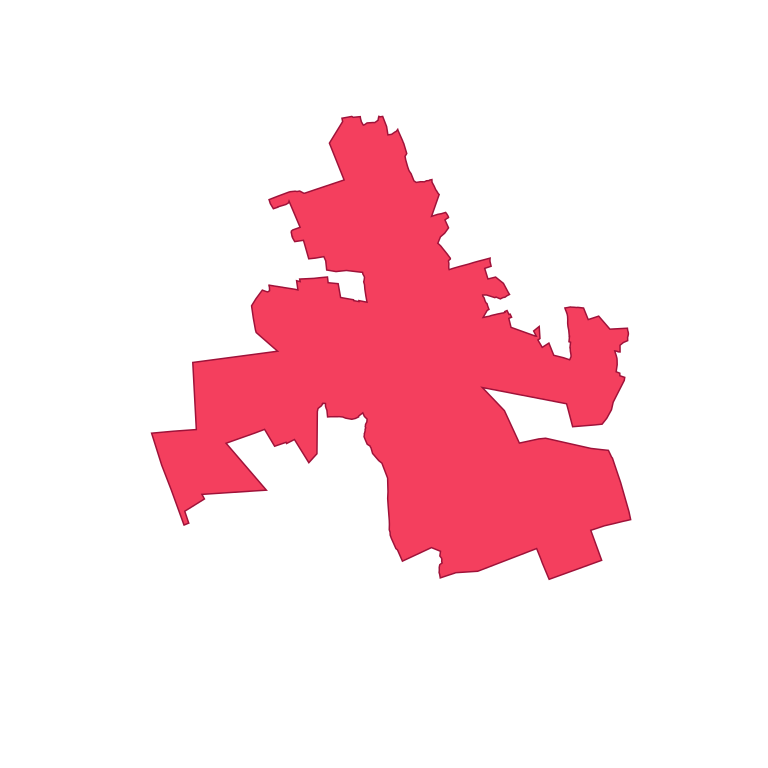 Ticul, Yucatán, Mexico, rotated 333°
{"feature_id": "50627088B40370346944296", "entity_name": "Ticul", "entity_type": "district", "adm_level": 2, "iso_a3": "MEX", "parent_name": "Mexico", "parent_adm1": "Yucatán", "projection": "equal_earth", "projection_center": [-89.54, 20.365], "detail": "fine", "context": "isolated", "style": "filled", "palette": "rose", "viewbox_px": 768, "rotation_deg": 333, "n_neighbors": 0, "source": "geoboundaries", "source_scale": "gbopen_adm2", "svg_char_len": 5991}
<svg xmlns="http://www.w3.org/2000/svg" viewBox="0 0 768 768"><g transform="rotate(333 384 384)"><path d="M346.1,582.3L355.4,583.7L357.9,584.1L361.1,584.6L362.3,584.7L362.5,584.8L382.5,593.4L445.3,599.9L444.3,611.2L443.8,615.2L442.6,631.2L442.5,633.0L497.9,639.9L499.0,631.1L501.8,608.2L504.1,608.6L516.0,610.4L525.3,612.7L531.7,614.2L535.1,615.0L538.1,615.8L542.2,616.8L544.3,609.0L550.1,579.3L552.8,560.9L553.9,553.7L553.6,552.4L553.8,545.0L547.2,540.7L539.2,535.4L503.4,505.7L497.0,503.2L477.8,498.1L479.2,462.4L470.0,431.8L490.0,447.3L495.2,451.4L537.7,484.5L536.5,490.3L532.7,507.7L553.1,516.1L560.1,518.8L566.9,515.7L575.0,510.2L579.9,504.3L585.9,499.9L596.8,492.0L598.7,490.6L599.6,490.0L601.5,487.4L597.9,483.7L599.0,481.4L596.4,478.5L600.5,472.7L602.4,468.8L603.2,466.9L603.8,464.2L604.6,459.3L606.2,460.4L607.3,461.7L608.9,462.6L611.9,456.6L616.2,455.7L620.8,456.0L622.3,452.9L622.7,452.6L624.2,450.8L624.8,449.7L625.3,447.9L625.4,447.0L626.2,444.8L610.2,437.7L606.1,421.0L595.2,419.3L596.3,406.9L591.5,403.7L590.4,403.3L588.2,401.9L585.7,400.5L585.1,400.0L581.5,399.0L581.1,398.8L580.3,398.6L579.7,398.4L579.6,399.0L579.4,400.3L579.3,401.9L578.9,404.9L578.3,407.0L577.0,409.9L575.2,413.3L574.0,416.4L573.0,420.0L571.0,425.0L570.6,425.7L570.9,425.8L568.0,430.3L569.2,431.5L566.1,436.2L566.3,436.5L566.2,436.6L565.0,439.2L564.2,441.8L563.7,443.3L563.0,444.6L560.6,446.6L560.4,446.7L555.9,442.1L548.3,435.5L549.5,422.4L541.6,423.2L541.1,414.7L543.6,414.3L548.4,403.2L541.4,404.7L541.4,410.5L540.7,410.0L540.5,409.9L540.4,409.8L522.9,391.2L525.0,382.2L528.0,382.4L528.1,379.0L526.9,378.8L527.0,374.4L524.5,374.3L524.5,375.0L522.6,374.9L522.2,374.8L521.9,374.6L520.6,374.2L519.4,373.9L517.0,373.2L514.8,372.7L512.5,372.1L510.3,371.6L508.4,371.4L506.6,370.8L504.3,370.2L503.7,370.1L502.5,369.7L509.3,365.3L510.3,365.2L511.4,365.2L511.8,361.5L512.3,359.2L511.7,357.8L511.8,355.4L512.2,353.5L512.3,352.5L512.1,351.4L511.9,350.7L512.3,349.5L515.6,351.1L519.3,354.7L522.0,357.4L523.3,357.4L526.3,361.0L529.3,361.0L531.2,361.6L533.6,361.2L536.5,361.2L536.3,358.9L536.1,348.5L534.9,345.9L532.0,339.4L524.3,337.6L526.2,326.7L532.9,327.7L533.8,324.1L534.1,322.9L534.4,322.2L534.9,321.3L535.7,320.0L529.1,318.6L524.2,317.5L519.3,316.5L513.5,315.5L505.2,313.7L498.0,312.3L494.0,311.7L494.2,310.5L495.2,308.4L495.8,307.4L496.4,306.3L496.9,304.9L497.1,304.0L497.4,303.5L497.7,303.2L498.2,303.2L498.9,303.0L499.3,302.9L499.7,302.8L499.7,302.6L500.0,302.4L500.2,302.1L500.1,301.7L499.9,300.5L499.7,299.3L499.4,297.4L498.7,293.9L498.3,292.0L497.9,290.2L497.3,287.1L496.3,284.1L495.8,283.1L501.1,278.5L506.5,277.2L512.4,274.2L512.8,265.5L514.5,265.2L515.3,265.0L516.0,265.2L517.2,264.8L517.3,263.0L517.1,260.6L516.8,259.1L512.5,258.3L508.8,257.2L502.5,256.2L512.7,246.4L519.2,240.2L518.9,239.4L518.7,238.5L518.7,237.1L518.5,236.6L518.6,235.8L518.3,234.5L518.5,230.6L518.4,226.0L519.5,223.6L517.2,223.0L516.5,223.2L514.1,222.2L511.8,222.2L508.5,220.4L504.2,219.0L502.9,216.6L503.6,208.9L503.2,206.0L503.2,204.7L503.7,201.1L505.1,194.1L506.1,190.7L508.9,189.0L510.8,178.6L510.8,177.2L511.0,175.8L511.6,164.5L511.8,163.4L509.5,164.5L508.5,164.4L504.1,165.0L500.6,163.8L503.2,155.8L504.3,145.0L501.6,144.1L501.0,143.2L500.5,143.6L498.4,146.3L494.5,146.9L492.6,145.9L487.4,143.7L484.7,144.1L483.2,144.0L483.0,143.6L483.0,142.3L482.9,140.1L483.6,136.8L484.2,135.0L479.4,133.1L477.6,132.4L476.8,131.0L467.2,128.1L466.3,131.4L444.7,144.6L441.1,184.1L413.0,179.9L400.0,178.0L399.2,177.7L396.5,173.8L393.9,173.0L392.4,171.9L387.8,170.1L386.8,169.9L386.4,169.8L375.0,168.5L365.3,167.5L364.6,171.7L365.0,177.6L369.8,178.3L369.9,178.0L374.2,178.8L378.1,179.5L381.1,179.3L382.4,178.0L380.4,206.3L372.6,205.3L370.9,205.7L370.0,207.1L370.1,207.7L369.9,207.9L369.3,209.9L369.4,210.9L369.0,211.0L368.9,212.8L369.1,216.6L377.5,219.4L373.8,238.3L380.1,240.7L388.2,243.2L388.0,247.8L384.7,256.4L392.2,262.0L392.9,262.3L394.3,262.8L402.1,265.8L412.1,272.5L415.6,274.8L415.1,276.4L415.2,279.2L415.0,280.2L414.1,281.5L413.4,282.5L412.3,283.7L411.7,286.7L410.0,290.8L407.8,297.4L406.0,303.4L399.5,298.3L399.1,299.2L394.9,296.0L395.1,295.1L392.8,293.4L384.6,287.2L388.7,273.8L380.2,268.4L382.2,263.0L375.7,260.4L369.6,258.1L356.5,252.2L355.8,254.7L353.0,252.3L350.0,261.1L347.8,259.3L345.9,257.9L339.0,252.9L338.8,252.8L337.8,252.0L337.3,251.6L336.4,251.0L335.7,250.5L335.1,250.0L334.4,249.6L333.7,249.0L333.0,248.5L332.4,248.1L331.7,247.6L331.0,247.1L330.3,246.6L329.7,246.1L329.0,245.6L328.3,245.1L327.6,244.6L327.0,244.1L326.4,243.7L326.3,243.8L326.0,245.0L325.8,245.9L324.4,248.9L322.2,249.2L320.6,247.7L318.2,245.1L308.6,249.9L301.5,254.2L297.5,265.9L294.0,277.5L293.5,280.1L304.1,306.5L279.7,297.9L223.4,278.0L196.1,339.4L174.8,330.4L157.8,323.6L154.6,322.3L149.1,355.3L146.4,381.5L141.8,418.7L141.8,418.9L146.9,419.3L146.9,419.1L148.7,406.9L171.8,404.9L171.7,399.7L220.4,420.6L231.0,425.2L216.4,365.1L230.4,366.9L246.9,369.1L257.0,370.2L258.3,389.8L270.3,391.5L270.2,392.8L279.0,392.8L281.3,420.0L292.6,415.7L312.2,378.1L312.7,377.6L313.6,376.4L314.3,375.8L318.4,375.0L319.3,374.4L320.1,374.1L320.1,373.6L320.7,373.4L321.7,373.9L323.0,374.8L321.8,377.2L321.4,379.4L321.3,380.7L321.2,381.5L318.8,387.7L321.3,388.8L329.7,393.0L330.3,393.4L332.2,394.6L334.3,397.0L339.3,400.8L342.8,401.7L346.4,401.8L346.6,401.3L347.2,401.0L352.0,400.1L351.8,404.0L353.0,407.6L351.5,410.0L349.2,411.6L348.7,412.5L348.0,413.3L347.9,414.2L347.4,414.9L347.5,415.0L346.4,416.1L346.0,417.1L344.4,418.9L343.8,419.4L343.6,420.1L342.3,421.9L342.0,425.2L341.7,430.1L343.4,432.9L343.3,433.8L343.4,435.1L342.3,440.7L344.5,449.8L346.2,453.6L344.5,469.5L338.6,481.9L335.3,487.7L332.5,494.2L326.7,508.1L325.1,511.5L322.5,516.3L322.1,518.9L320.9,521.5L320.5,524.7L319.9,536.1L320.7,537.9L320.0,550.2L352.0,551.3L358.4,558.7L355.7,562.6L356.2,565.3L355.9,566.5L354.7,568.6L354.6,569.8L353.7,570.0L352.7,570.1L351.6,570.4L350.0,572.4L348.7,575.1L347.5,577.0L347.2,578.8L346.4,581.4L346.1,582.3Z" fill="#f43f5e" stroke="#9f1239" stroke-width="1.5"/></g></svg>